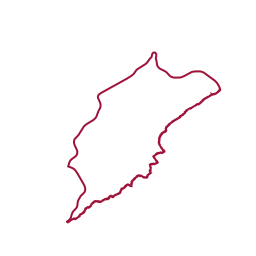 Las Terrenas, Samaná, Dominican Republic, rotated 150°
{"feature_id": "3306468B40985088538713", "entity_name": "Las Terrenas", "entity_type": "district", "adm_level": 2, "iso_a3": "DOM", "parent_name": "Dominican Republic", "parent_adm1": "Samaná", "projection": "natural_earth1", "projection_center": [-69.552, 19.282], "detail": "fine", "context": "isolated", "style": "outline", "palette": "rose", "viewbox_px": 256, "rotation_deg": 150, "n_neighbors": 0, "source": "geoboundaries", "source_scale": "gbopen_adm2", "svg_char_len": 5641}
<svg xmlns="http://www.w3.org/2000/svg" viewBox="0 0 256 256"><g transform="rotate(150 128 128)"><path d="M199.0,124.6L196.9,122.1L195.6,120.1L195.0,118.5L194.7,116.8L194.5,113.2L194.5,101.4L194.7,98.8L195.5,96.5L196.8,94.9L197.9,94.1L203.1,92.7L207.4,90.1L208.7,88.9L210.5,86.3L211.9,85.0L213.1,84.4L217.0,83.2L218.2,82.6L220.1,81.2L222.3,78.9L223.4,78.3L224.7,77.8L227.7,77.4L227.7,77.0L227.2,76.7L227.2,76.4L225.5,76.4L225.5,76.7L220.1,76.7L220.1,76.4L219.8,76.4L219.5,75.7L219.0,75.7L219.0,75.4L217.9,75.4L217.9,75.7L214.4,75.7L214.4,76.1L213.8,76.1L213.5,76.7L212.4,76.7L212.4,77.0L210.8,77.0L210.8,76.7L209.4,76.7L209.4,77.0L208.6,77.0L208.6,77.4L207.5,77.4L207.5,77.7L207.0,77.7L206.7,78.3L205.6,78.6L205.6,79.0L205.1,79.0L205.1,79.3L204.5,79.3L204.5,79.6L202.6,79.6L202.6,79.3L202.1,79.3L202.1,79.0L201.5,79.0L201.5,78.6L201.0,78.6L201.0,79.0L199.4,79.0L199.4,79.3L198.3,79.6L198.0,80.3L196.4,80.3L196.4,80.6L195.5,80.6L195.5,80.9L194.5,80.9L194.5,81.2L193.6,81.2L193.6,80.9L192.8,80.9L192.8,80.6L192.3,80.6L192.3,80.3L191.2,79.9L191.2,79.6L190.6,79.6L190.4,79.0L190.1,79.0L190.1,78.6L189.5,78.6L189.3,78.0L188.7,78.0L188.7,77.7L186.0,77.7L186.0,78.0L183.8,78.0L183.8,77.7L182.7,77.7L182.7,77.4L181.9,77.4L181.9,77.0L181.4,77.0L181.1,76.4L180.5,76.4L180.5,76.7L180.0,76.7L180.0,77.0L179.5,77.0L179.5,77.4L178.4,77.4L178.4,77.7L177.6,77.7L177.6,78.0L177.3,78.0L177.3,77.7L176.7,77.7L176.7,77.4L176.2,77.0L176.2,76.7L175.9,76.7L175.9,76.1L175.4,76.1L175.4,75.7L175.1,75.7L175.1,76.1L174.3,76.1L174.3,76.4L171.8,76.4L171.8,76.1L169.6,76.1L169.6,75.7L167.7,75.7L167.7,76.1L166.9,76.1L166.6,76.7L166.1,76.7L165.8,77.4L165.0,77.4L164.7,78.0L164.2,78.0L164.2,78.3L163.6,78.3L163.6,78.6L162.6,78.3L162.6,78.0L161.5,78.0L161.5,78.3L160.4,78.3L160.4,78.6L159.3,78.6L159.3,79.0L158.5,79.0L158.5,79.3L156.8,79.3L156.8,79.0L156.3,79.0L156.3,78.6L155.7,78.3L155.5,77.7L155.2,77.7L154.9,76.4L154.4,76.1L154.4,76.4L153.8,76.4L153.6,77.0L153.0,77.4L153.0,78.0L152.5,78.0L152.5,78.6L151.9,79.0L151.9,79.3L151.4,79.3L151.4,79.6L150.8,79.6L150.6,80.3L148.7,80.3L148.7,80.6L147.8,80.6L147.8,80.9L147.3,80.9L147.3,81.2L144.8,81.2L144.8,81.6L144.3,81.6L144.3,81.9L143.2,81.9L143.2,81.6L142.4,81.6L142.4,81.2L141.8,80.9L141.8,80.6L141.3,80.6L141.3,80.3L140.7,80.3L140.7,79.9L140.2,79.3L139.7,79.0L139.4,77.7L139.1,77.7L138.8,77.0L138.3,77.0L138.3,76.7L137.2,76.4L136.9,75.7L136.4,75.7L136.4,76.1L135.8,76.1L135.6,76.7L134.8,76.7L134.5,77.4L132.6,77.4L132.6,77.7L130.9,77.7L131.2,78.3L130.7,78.6L130.7,79.3L130.4,79.3L130.4,79.9L130.1,79.9L130.1,80.3L129.6,80.3L129.6,80.6L129.3,80.6L129.0,81.2L128.5,81.6L128.2,82.8L127.9,82.8L127.9,84.1L127.4,84.5L127.4,85.1L127.1,85.1L127.1,85.4L126.6,85.4L126.6,85.1L125.7,85.1L125.7,84.8L125.2,84.8L125.2,84.5L124.1,84.5L124.1,84.1L123.6,84.1L123.3,83.5L121.7,83.5L121.7,83.2L119.5,83.2L119.5,84.8L119.8,84.8L119.8,85.4L120.0,85.4L120.0,89.3L120.3,89.3L120.3,90.3L120.0,90.3L120.0,90.6L119.5,90.6L119.5,90.9L116.8,90.9L116.8,91.2L116.2,91.2L116.2,91.6L115.4,91.6L115.4,91.2L114.3,91.2L114.3,90.9L113.8,90.9L113.8,90.6L112.1,90.6L111.8,89.9L111.3,89.9L111.3,89.6L110.5,89.6L110.5,89.3L108.3,89.3L108.3,90.3L108.0,90.3L108.0,90.6L108.6,90.9L108.6,91.2L108.8,91.2L108.8,93.8L109.1,93.8L109.1,98.0L108.8,98.0L108.8,99.3L108.6,99.3L108.6,99.9L108.3,99.9L108.0,100.6L107.8,100.6L107.8,101.2L107.2,101.5L106.9,102.2L106.7,102.2L106.7,102.5L106.4,102.5L106.4,103.2L105.8,103.5L105.8,103.8L105.3,103.8L105.0,104.4L104.5,104.4L104.5,104.8L103.9,104.8L103.7,105.4L103.1,105.4L103.1,105.7L102.0,105.7L102.0,106.1L101.2,106.1L101.2,106.4L100.4,106.4L100.4,106.7L99.0,106.7L99.0,106.4L98.2,106.4L98.2,106.1L97.7,106.1L97.7,106.4L97.1,106.4L97.1,106.7L96.6,106.7L96.6,107.0L96.0,107.0L96.0,107.7L95.5,108.0L95.5,108.6L95.2,108.6L94.9,109.3L94.4,109.3L94.4,109.6L93.3,109.6L93.3,109.9L91.7,109.9L91.7,110.3L90.6,110.3L90.6,110.6L90.0,110.6L90.0,110.9L86.8,110.9L86.8,111.2L85.9,111.2L85.9,111.5L84.0,111.5L84.0,111.2L81.9,111.2L81.9,111.5L79.9,111.5L79.9,111.2L78.0,111.2L78.0,111.5L77.2,111.5L77.2,111.9L76.7,111.9L76.7,112.2L75.6,112.2L75.6,111.9L73.9,111.9L73.9,112.2L73.1,112.2L73.1,112.5L71.2,112.5L71.0,113.2L70.4,113.2L70.4,113.5L69.0,113.5L69.0,113.8L68.2,113.8L68.2,114.1L64.4,114.1L64.1,113.5L63.6,113.5L63.6,113.8L57.0,113.8L57.0,114.1L56.5,114.1L56.5,113.8L55.7,113.8L55.4,113.2L54.3,113.2L54.3,113.5L52.4,113.5L52.4,113.8L51.6,113.8L51.6,114.1L50.0,114.1L50.0,114.4L49.1,114.4L49.1,114.8L47.8,114.8L47.8,115.1L45.9,115.1L45.9,114.8L44.8,114.8L44.8,115.1L44.2,115.1L44.2,114.8L43.7,114.8L43.7,115.1L43.4,115.1L43.4,114.8L40.4,114.8L40.4,115.1L39.6,115.1L39.6,114.8L38.2,114.8L38.2,115.1L38.0,114.8L37.4,114.8L37.4,114.4L36.3,114.4L36.3,114.1L34.7,114.1L34.7,113.8L34.4,113.8L34.4,114.1L32.2,114.1L32.2,114.4L30.6,114.4L30.6,114.8L29.8,114.8L29.8,115.1L29.2,115.1L29.2,115.4L28.9,115.4L28.5,117.0L28.3,119.3L28.4,122.5L29.1,125.5L34.6,137.9L35.8,139.6L37.3,141.0L41.9,143.6L44.5,144.6L53.6,144.9L56.6,145.3L57.9,145.8L63.1,148.7L64.9,150.6L65.6,151.9L66.8,157.0L67.4,158.4L70.7,163.4L71.4,165.6L71.4,167.8L69.9,171.5L69.1,174.4L67.4,176.3L66.6,178.0L66.7,179.3L67.1,180.0L68.3,180.6L69.4,180.3L70.4,179.6L72.1,177.7L74.7,177.0L78.9,175.0L81.2,174.6L90.7,174.2L92.2,173.8L95.7,172.1L98.7,171.5L104.3,171.3L133.5,171.8L135.7,171.7L137.0,171.3L138.2,170.5L138.9,169.2L139.5,163.9L139.9,162.3L140.9,160.5L142.4,159.1L145.2,157.4L149.2,154.0L151.1,152.9L154.2,152.2L161.3,152.1L164.4,151.7L165.8,151.2L174.5,146.6L179.7,145.1L181.2,143.8L182.3,142.0L182.8,139.6L183.3,133.9L183.9,132.5L184.7,131.4L185.7,130.5L186.9,129.8L192.8,129.1L194.3,128.6L196.2,127.4L199.0,124.6Z" fill="none" stroke="#9f1239" stroke-width="2"/></g></svg>